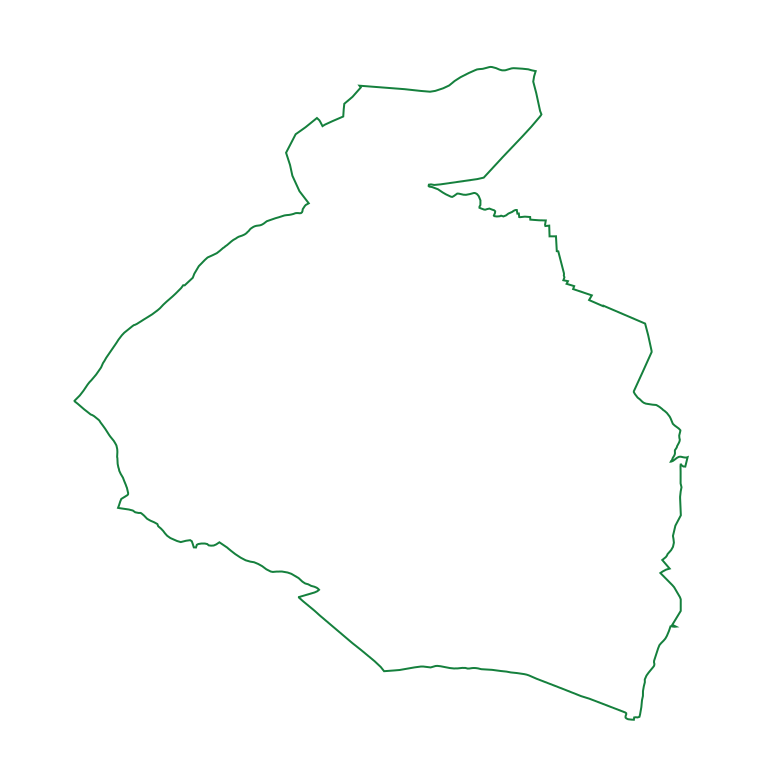 Comanesti, Suceava, Romania (Natural Earth projection), rotated 183°
{"feature_id": "2599482B69933741983623", "entity_name": "Comanesti", "entity_type": "district", "adm_level": 2, "iso_a3": "ROU", "parent_name": "Romania", "parent_adm1": "Suceava", "projection": "natural_earth1", "projection_center": [26.001, 47.659], "detail": "fine", "context": "isolated", "style": "outline", "palette": "green", "viewbox_px": 768, "rotation_deg": 183, "n_neighbors": 0, "source": "geoboundaries", "source_scale": "gbopen_adm2", "svg_char_len": 6057}
<svg xmlns="http://www.w3.org/2000/svg" viewBox="0 0 768 768"><g transform="rotate(183 384 384)"><path d="M248.9,704.4L253.0,705.0L256.4,705.8L262.2,706.1L269.4,706.2L271.7,706.1L273.3,705.8L279.1,703.7L280.3,703.5L282.4,703.4L285.1,704.0L288.6,705.3L292.8,706.2L294.4,706.2L295.7,705.9L298.4,705.0L301.9,703.9L305.5,703.4L307.6,703.0L309.7,702.0L315.8,698.9L323.6,694.4L329.2,690.4L334.6,685.5L340.4,682.4L348.1,679.4L353.3,678.3L362.8,678.6L378.9,679.5L424.1,680.6L422.7,678.9L430.5,669.1L438.3,661.8L438.6,656.2L438.7,649.0L449.2,643.8L456.6,639.9L458.9,638.3L461.5,642.7L462.4,644.0L464.9,646.1L475.8,636.3L485.3,628.8L493.9,609.8L489.3,597.8L486.4,587.2L478.5,572.1L468.6,560.5L471.5,558.7L472.4,557.6L474.3,554.3L474.5,552.3L474.9,551.2L475.3,550.8L475.9,550.3L477.1,550.1L479.0,550.2L480.4,550.1L481.5,549.9L483.3,549.1L485.5,548.4L487.6,547.9L490.4,547.5L492.3,547.1L497.8,545.0L501.0,543.9L509.6,540.4L512.5,537.9L514.0,536.9L515.2,536.3L516.4,535.9L519.7,535.3L521.2,534.8L522.6,534.1L524.7,532.6L525.7,531.7L527.3,529.5L528.3,528.6L528.9,527.8L530.0,526.8L531.1,526.0L533.4,524.8L536.7,523.5L538.2,522.6L539.6,521.5L542.0,520.0L544.0,518.3L548.1,514.4L549.8,513.1L550.5,512.3L551.8,511.4L554.8,508.5L557.8,505.9L561.8,503.7L566.8,501.1L569.4,498.5L575.1,492.0L579.2,484.2L580.5,480.1L588.2,472.1L589.7,472.1L591.6,469.2L596.8,463.4L599.8,460.3L605.4,454.9L608.5,451.7L611.7,447.9L613.7,446.0L619.2,441.4L627.7,435.5L629.9,433.9L630.5,433.5L633.9,431.1L635.7,430.1L636.9,429.7L638.4,428.5L644.2,423.3L646.1,421.6L647.1,420.4L648.3,419.0L651.4,414.5L653.5,410.8L661.4,397.9L662.8,395.6L664.4,392.4L665.7,390.2L667.4,385.7L672.0,378.3L676.4,372.5L678.3,370.3L679.9,368.0L683.8,361.5L687.2,356.6L691.6,351.7L692.2,350.9L691.9,350.4L688.8,348.2L682.1,343.0L678.8,340.7L675.3,338.2L673.7,337.7L671.8,336.7L667.0,333.2L666.1,332.3L665.1,330.8L663.0,328.3L660.1,324.7L655.8,318.7L654.6,317.2L650.9,313.1L649.2,310.6L648.0,308.6L647.0,305.0L646.7,302.2L646.7,297.1L646.4,296.2L645.8,290.3L644.9,286.8L644.4,285.6L643.8,283.4L642.2,280.4L639.8,276.8L638.3,273.4L636.3,269.2L636.0,268.3L635.3,266.9L634.1,262.7L633.8,261.8L633.8,260.5L634.4,259.6L640.3,255.5L641.3,252.7L642.3,248.9L643.1,246.4L641.8,246.2L632.2,245.3L628.2,244.5L625.8,242.9L624.5,242.7L622.5,242.4L620.2,242.5L618.9,241.7L616.8,240.1L613.5,237.0L610.1,235.3L606.3,233.9L603.0,232.3L602.0,230.1L599.1,227.9L596.8,225.7L594.9,223.4L592.6,221.1L589.3,219.0L582.5,216.4L578.7,215.5L573.5,217.1L569.4,217.9L567.7,216.9L566.6,214.2L565.4,210.9L563.2,210.9L562.5,213.6L561.0,214.5L558.1,215.1L554.5,215.3L552.1,214.9L550.6,213.7L548.2,213.5L545.6,213.8L543.2,215.0L540.1,217.3L531.8,212.3L531.4,211.9L527.6,209.1L523.7,206.4L518.1,203.1L512.9,200.7L508.1,199.6L504.4,199.2L500.2,197.7L496.1,195.7L491.8,192.8L487.3,190.8L485.2,190.5L481.7,191.0L476.2,191.4L470.4,190.7L466.6,189.6L459.1,185.7L455.2,182.4L452.3,180.7L449.2,180.0L446.2,178.6L442.9,177.9L440.5,177.0L439.0,176.0L438.1,175.1L439.7,173.6L442.4,172.2L457.8,166.8L457.8,166.3L453.3,162.7L441.7,154.1L435.9,149.4L401.9,123.5L393.3,117.4L378.9,106.7L372.4,101.2L368.9,97.2L359.4,98.4L353.5,99.2L338.7,102.6L332.3,103.8L329.9,103.9L322.6,103.4L317.7,105.1L315.9,105.3L312.8,105.1L303.4,103.8L299.5,103.6L295.9,103.8L290.9,104.6L287.9,104.7L285.5,104.2L284.1,104.3L281.2,104.9L279.3,105.1L277.2,105.1L275.1,104.9L272.0,104.3L261.1,104.2L252.3,103.5L246.6,103.2L242.2,102.6L236.1,102.3L228.7,101.6L226.3,101.2L224.1,100.6L216.1,97.6L189.2,88.8L170.8,82.6L162.5,80.5L125.9,68.6L124.9,67.9L124.8,66.8L125.4,64.9L125.3,63.5L124.4,62.7L122.7,62.0L119.3,61.8L116.9,61.8L116.7,64.1L115.2,64.4L113.3,64.3L111.5,65.0L111.0,67.4L110.1,74.8L109.8,81.8L109.1,86.0L109.3,90.9L108.7,95.8L107.9,99.8L108.1,102.6L106.6,106.6L104.6,109.7L100.3,115.5L99.5,116.8L99.3,118.5L99.8,120.2L99.8,121.7L96.4,134.4L95.3,137.6L93.8,139.6L91.3,142.4L89.7,144.5L88.3,147.3L86.5,152.3L85.2,157.0L84.4,157.2L83.1,156.9L81.1,156.8L79.8,157.0L83.5,158.6L75.8,172.9L76.4,184.5L77.3,186.6L83.6,196.2L85.5,198.2L98.1,209.7L96.0,211.3L92.5,213.4L89.1,214.6L96.9,222.8L93.5,225.9L92.5,227.4L91.9,229.0L88.6,233.1L86.9,236.5L86.2,240.7L86.8,244.4L87.5,247.4L85.6,257.8L80.7,268.4L82.3,285.2L82.4,286.9L82.1,292.2L81.5,296.5L82.6,300.2L83.2,311.8L83.6,317.3L83.5,319.9L82.9,318.7L80.8,317.3L78.8,317.3L77.0,326.8L77.7,326.5L79.3,326.3L81.4,326.5L83.6,326.9L84.6,326.9L85.9,326.6L87.7,325.5L90.0,323.5L91.5,322.3L93.0,321.6L93.5,321.5L93.3,322.0L92.5,322.9L91.7,325.4L90.5,327.5L90.0,328.8L89.8,330.1L90.0,332.1L90.0,333.1L88.3,336.0L88.1,337.2L86.3,341.0L85.8,342.6L85.7,344.0L86.2,345.6L86.5,348.0L85.6,352.7L85.6,353.3L87.2,354.9L91.6,357.8L93.5,359.4L95.9,364.5L97.0,366.4L100.0,369.9L102.4,371.8L103.9,372.7L104.9,373.6L107.6,375.5L110.4,377.0L111.2,377.3L114.7,377.4L121.5,378.1L123.5,378.8L125.0,379.7L127.7,382.1L130.0,383.7L132.9,387.1L134.1,389.0L134.1,389.9L126.6,408.8L118.4,429.9L118.5,431.0L122.7,446.4L126.4,458.0L169.1,473.7L169.3,473.2L183.4,478.5L183.6,478.6L181.1,483.4L200.1,488.7L199.2,491.7L206.9,493.6L205.7,496.3L210.3,497.0L209.4,500.0L210.1,501.7L210.0,502.9L210.1,504.0L216.9,525.6L218.4,525.7L220.0,540.5L226.4,540.1L227.3,550.8L231.1,550.2L231.5,551.4L231.0,555.8L237.8,555.6L246.5,555.8L246.8,558.4L252.1,558.5L257.0,557.7L257.7,557.8L258.3,561.3L259.7,561.1L260.5,564.7L261.9,564.6L263.7,563.7L264.8,562.7L268.7,560.7L270.9,558.8L273.5,557.6L275.9,558.2L277.1,557.6L280.1,557.2L282.6,557.4L283.1,557.9L282.1,560.7L282.0,562.3L283.0,563.2L285.5,563.9L287.9,564.7L290.1,564.1L291.9,563.4L293.1,563.4L296.3,564.4L297.9,565.0L297.9,566.2L297.1,567.8L297.3,572.4L299.2,576.5L300.9,578.4L301.9,579.0L303.3,579.5L304.4,579.4L308.4,578.1L312.1,577.2L314.6,577.2L319.2,578.0L320.8,578.0L324.3,575.2L325.7,574.4L327.1,574.6L332.2,576.7L335.5,578.4L340.3,581.3L346.3,583.2L349.1,583.5L349.8,584.1L349.6,585.4L347.5,585.8L344.3,585.4L338.1,586.3L301.6,593.5L295.2,595.3L277.0,617.2L258.5,638.8L250.3,648.7L242.2,659.3L241.3,660.7L240.9,661.5L242.4,664.8L247.2,682.5L250.8,693.8L250.2,699.1L248.9,704.4Z" fill="none" stroke="#15803d" stroke-width="2"/></g></svg>